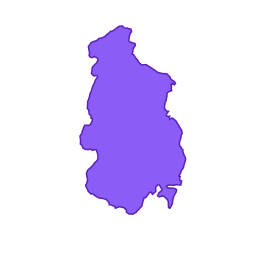 the district of Carambeí, Paraná, Brazil, rotated 224°
{"feature_id": "56859067B81266662145879", "entity_name": "Carambeí", "entity_type": "district", "adm_level": 2, "iso_a3": "BRA", "parent_name": "Brazil", "parent_adm1": "Paraná", "projection": "equal_earth", "projection_center": [-50.155, -24.89], "detail": "fine", "context": "isolated", "style": "filled", "palette": "violet", "viewbox_px": 256, "rotation_deg": 224, "n_neighbors": 0, "source": "geoboundaries", "source_scale": "gbopen_adm2", "svg_char_len": 3475}
<svg xmlns="http://www.w3.org/2000/svg" viewBox="0 0 256 256"><g transform="rotate(224 128 128)"><path d="M197.8,199.6L198.8,198.3L200.3,197.4L202.5,197.6L204.1,196.3L205.2,194.5L205.5,192.5L205.8,190.7L206.4,187.1L207.7,185.4L207.7,182.7L208.2,180.4L208.2,177.7L209.0,175.2L210.1,173.6L211.2,172.1L211.1,170.2L211.7,168.2L212.6,166.8L213.4,165.0L213.9,163.5L213.4,162.0L213.2,159.2L209.1,156.1L207.5,155.1L206.5,153.2L204.7,152.7L203.1,153.5L202.2,154.5L201.8,156.0L199.8,156.7L198.2,157.0L197.0,156.2L196.2,154.4L195.8,152.4L196.0,149.2L195.8,146.9L194.7,145.2L193.7,144.2L193.0,143.0L192.0,141.8L190.4,141.6L188.4,141.8L187.7,143.6L186.5,144.1L185.3,143.6L184.9,140.6L184.2,138.7L183.4,136.8L181.9,132.5L180.8,130.4L180.0,128.9L178.9,125.8L177.3,123.5L176.1,120.8L175.3,118.9L173.0,116.4L172.1,115.2L170.9,113.8L169.2,113.7L167.7,112.8L165.6,111.0L163.4,111.2L161.4,109.3L159.9,109.9L159.0,108.8L158.1,106.2L157.4,104.0L158.5,102.1L160.0,101.1L161.1,99.7L160.4,97.9L159.3,95.6L158.7,93.8L157.5,92.7L157.1,89.3L156.0,87.9L154.6,87.1L152.2,84.7L151.2,83.4L148.8,83.4L146.2,82.2L144.1,82.9L141.9,84.5L140.8,86.0L139.3,87.2L138.0,87.2L137.2,89.0L135.6,90.2L132.7,88.8L130.5,87.3L129.0,85.9L128.0,84.6L127.7,82.5L127.8,78.8L127.3,77.4L127.4,73.3L127.7,69.9L126.4,66.6L125.0,65.3L121.2,62.8L119.2,59.5L119.0,57.8L117.6,56.7L116.0,56.3L112.9,54.9L111.2,54.8L109.0,54.8L107.7,56.1L106.5,56.2L103.1,56.7L101.4,57.2L99.9,57.7L97.5,59.6L94.3,61.4L91.9,61.4L89.8,61.0L88.2,59.7L86.8,61.0L84.9,61.6L83.1,62.4L81.4,61.5L80.2,64.0L79.1,65.9L77.4,66.6L75.6,67.9L74.0,67.8L72.5,68.0L70.7,66.5L68.4,66.6L67.1,67.1L66.2,68.4L64.8,69.0L64.1,71.1L63.6,73.3L63.9,75.3L63.6,77.1L63.9,79.3L63.7,81.1L65.1,83.5L66.1,85.3L66.8,86.9L68.0,89.0L66.9,90.2L67.3,94.1L67.7,96.0L66.9,98.1L64.3,97.2L63.9,101.8L65.9,103.5L67.0,104.6L67.2,108.0L65.4,108.7L62.9,107.9L61.4,107.8L60.4,106.7L60.7,102.5L59.5,99.7L57.8,100.1L56.5,102.1L55.2,103.7L54.0,103.9L49.9,103.8L47.9,103.1L45.8,101.0L43.5,98.9L42.1,99.5L42.8,102.3L43.6,104.3L45.2,106.6L46.5,108.6L47.3,109.9L48.1,112.2L48.5,114.2L49.1,115.8L50.4,117.5L52.4,116.9L54.2,115.7L56.3,113.8L57.9,112.5L59.8,112.6L59.5,114.7L58.0,116.3L55.2,118.6L53.9,120.8L52.1,122.3L50.4,123.6L51.8,126.0L52.8,127.1L54.4,126.4L56.0,127.8L56.8,129.3L57.9,128.7L58.4,130.4L58.8,131.9L59.8,134.0L60.2,135.4L60.5,137.8L61.9,140.0L63.9,144.0L64.7,145.4L66.0,146.4L67.7,147.1L70.0,147.9L72.0,149.1L73.5,150.5L75.2,150.3L76.5,151.1L78.3,151.0L80.0,152.3L81.2,153.7L81.9,155.0L82.6,156.6L83.3,158.0L84.8,159.9L85.5,162.0L87.7,163.5L95.9,165.7L98.3,166.4L100.8,166.2L102.0,166.1L103.3,165.8L103.9,163.2L105.3,163.9L106.1,165.4L107.1,164.4L108.5,163.3L109.8,164.3L110.2,166.3L110.5,168.1L111.5,167.1L112.9,167.1L114.1,167.1L116.0,168.0L117.2,169.4L118.0,171.0L119.2,171.7L119.2,173.4L120.8,175.9L122.5,178.5L123.6,179.3L124.1,181.0L123.8,182.9L122.5,185.2L124.1,186.2L125.3,187.8L127.2,189.0L127.0,191.3L125.9,190.7L124.7,191.4L124.8,193.1L126.9,193.7L128.9,193.1L131.2,192.9L133.9,194.1L135.3,193.8L137.4,194.0L139.1,192.9L141.2,191.0L143.1,189.9L144.8,188.8L154.4,187.2L156.1,186.8L158.5,186.3L159.8,185.4L160.8,184.2L161.8,182.9L166.1,182.7L168.5,183.7L169.8,183.5L171.7,183.9L173.6,184.3L174.9,184.6L176.4,184.0L177.5,186.3L178.8,187.5L179.7,189.9L180.0,192.5L181.6,193.6L183.5,192.6L185.3,191.7L186.9,191.2L188.3,191.5L189.2,192.8L190.8,195.1L192.2,197.8L192.3,199.8L193.5,200.4L194.8,201.2L196.1,200.0L197.8,199.6Z" fill="#8b5cf6" stroke="#5b21b6" stroke-width="1.5"/></g></svg>